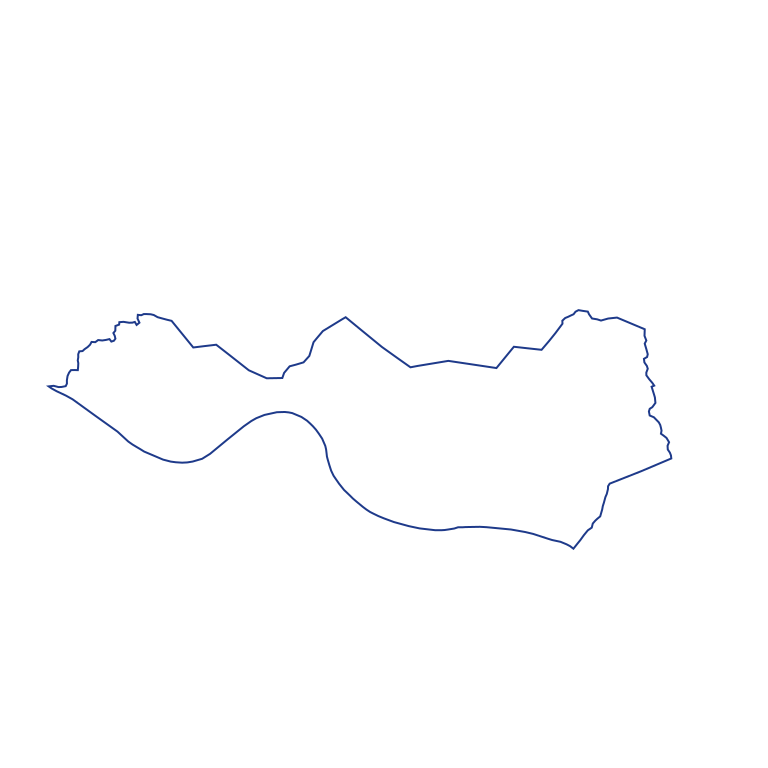 outline of Simões, Piauí, Brazil, rotated 122°
{"feature_id": "56859067B70847117060702", "entity_name": "Simões", "entity_type": "district", "adm_level": 2, "iso_a3": "BRA", "parent_name": "Brazil", "parent_adm1": "Piauí", "projection": "equal_earth", "projection_center": [-40.73, -7.705], "detail": "fine", "context": "isolated", "style": "outline", "palette": "blue", "viewbox_px": 768, "rotation_deg": 122, "n_neighbors": 0, "source": "geoboundaries", "source_scale": "gbopen_adm2", "svg_char_len": 3034}
<svg xmlns="http://www.w3.org/2000/svg" viewBox="0 0 768 768"><g transform="rotate(122 384 384)"><path d="M199.4,191.9L204.2,221.6L209.7,228.6L215.2,233.6L216.2,237.5L218.2,242.3L216.2,247.1L214.6,249.5L216.7,254.3L218.3,258.2L221.2,259.9L224.4,260.2L226.8,261.8L229.5,263.5L232.0,265.3L235.8,266.3L238.3,264.6L250.1,265.6L260.1,266.8L271.5,268.5L277.7,281.3L283.6,293.6L292.9,294.8L310.9,297.1L315.5,307.7L330.3,341.7L350.9,365.1L355.8,370.4L354.9,386.2L353.7,405.4L350.1,433.5L347.7,451.9L351.1,453.7L371.5,463.9L381.3,465.3L385.9,465.9L394.1,463.7L399.8,462.2L408.3,463.7L414.2,468.9L419.0,473.4L427.5,474.6L432.8,473.4L441.3,486.5L444.0,505.9L441.3,530.8L439.6,547.1L442.9,551.2L447.3,556.7L454.1,565.1L443.0,597.6L444.5,602.1L446.0,607.0L447.3,611.4L447.5,615.8L448.5,618.8L450.4,622.2L451.9,624.7L454.3,626.3L455.8,629.4L459.1,627.7L461.6,623.9L465.0,625.1L463.4,628.2L465.3,629.9L467.1,632.6L469.3,637.8L471.8,641.2L474.0,640.1L477.1,642.5L481.2,640.1L484.2,640.5L485.8,637.9L487.9,635.8L490.5,636.0L492.5,637.7L491.4,640.6L494.0,643.2L496.4,646.0L498.2,649.7L501.5,651.0L503.3,654.3L506.4,654.1L509.7,654.9L513.2,656.4L515.8,657.1L517.8,659.7L520.8,659.1L523.4,657.4L526.3,656.2L528.3,654.3L531.7,652.4L534.5,651.0L536.3,654.1L538.1,656.8L541.2,657.1L544.9,656.6L548.9,654.9L551.7,653.1L554.5,652.8L557.4,655.9L559.1,658.4L560.6,663.2L563.7,667.1L563.9,663.6L563.6,657.8L562.4,647.7L562.0,640.0L563.9,612.1L565.6,584.8L568.3,570.4L568.6,565.2L568.5,559.8L568.4,556.4L568.4,551.6L566.5,539.6L565.2,531.3L562.8,523.7L560.7,519.1L557.7,513.5L554.7,509.2L551.2,505.2L543.8,498.6L535.4,494.5L514.1,487.4L494.2,480.5L485.7,476.9L480.7,474.2L473.6,469.0L464.7,459.9L460.3,453.3L458.6,449.8L457.3,446.4L455.7,436.6L455.9,429.8L456.7,425.5L457.5,421.9L458.8,417.5L460.7,412.8L463.1,407.5L467.6,401.0L470.1,398.5L473.3,395.9L475.7,394.0L477.7,391.9L481.8,387.3L485.5,382.9L488.5,378.2L490.0,374.8L492.4,369.2L495.0,361.8L496.7,353.6L497.6,349.7L498.3,345.1L499.4,336.9L499.8,332.3L499.9,328.0L499.6,324.6L499.0,318.9L498.0,313.0L497.3,309.6L495.8,302.4L491.4,287.7L487.6,277.3L480.9,263.2L477.4,257.6L475.7,255.2L473.5,252.6L469.3,247.8L466.3,245.3L463.9,241.5L462.1,239.0L454.3,227.0L451.1,221.2L440.1,199.2L434.7,185.8L432.1,178.1L428.3,162.8L427.2,158.7L424.3,150.7L423.2,144.2L422.9,140.2L423.3,136.1L416.4,135.3L412.5,134.8L406.3,134.4L400.1,133.6L395.7,131.7L391.7,133.0L387.9,132.4L385.3,131.7L381.7,130.5L374.7,132.5L371.7,133.7L368.2,134.6L362.6,136.3L359.2,136.8L354.4,138.4L352.0,139.8L348.9,139.8L321.7,119.7L294.9,100.9L292.5,102.8L290.7,105.2L289.2,108.6L286.1,110.8L282.3,111.4L280.0,115.9L279.6,119.7L279.4,122.8L276.5,123.9L274.5,125.8L272.4,128.0L270.9,130.6L269.2,137.5L269.9,142.0L266.9,144.8L264.2,145.5L261.5,144.2L256.2,143.8L251.9,147.1L250.1,149.1L244.5,155.6L242.2,154.0L240.9,156.9L239.4,161.6L237.6,166.1L235.3,167.6L231.3,168.4L229.4,170.6L227.7,174.6L224.9,176.9L221.7,175.2L219.0,176.1L215.5,179.9L211.6,184.3L208.1,184.6L205.1,188.6L199.4,191.9Z" fill="none" stroke="#1e3a8a" stroke-width="2"/></g></svg>